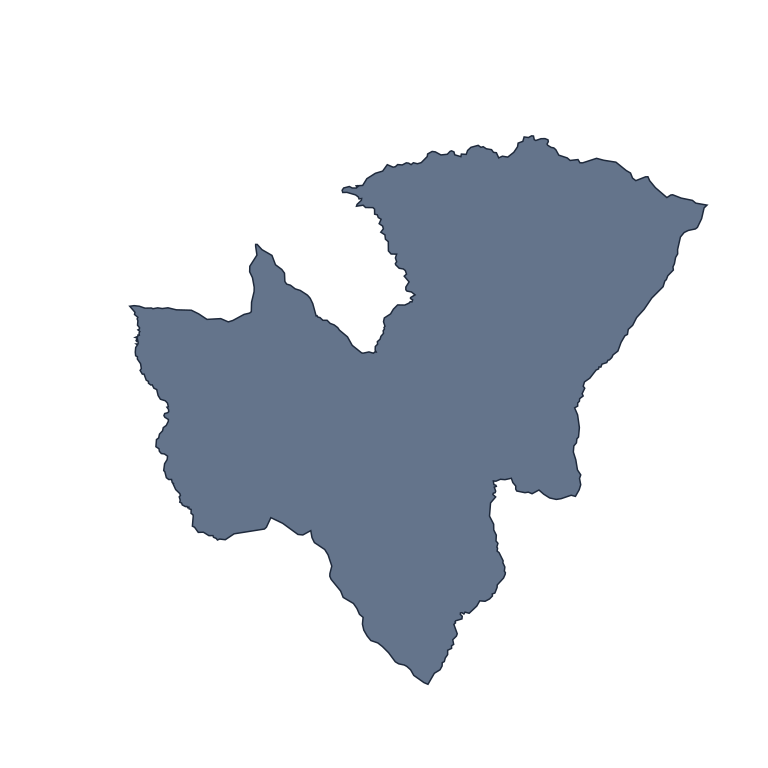 the district of Versalles, Valle del Cauca, Colombia, rotated 105°
{"feature_id": "7082276B43348198009946", "entity_name": "Versalles", "entity_type": "district", "adm_level": 2, "iso_a3": "COL", "parent_name": "Colombia", "parent_adm1": "Valle del Cauca", "projection": "albers", "projection_center": [-76.216, 4.612], "detail": "fine", "context": "isolated", "style": "filled", "palette": "slate", "viewbox_px": 768, "rotation_deg": 105, "n_neighbors": 0, "source": "geoboundaries", "source_scale": "gbopen_adm2", "svg_char_len": 6171}
<svg xmlns="http://www.w3.org/2000/svg" viewBox="0 0 768 768"><g transform="rotate(105 384 384)"><path d="M443.0,170.0L435.7,168.1L430.4,167.9L424.6,170.7L420.9,170.4L416.9,174.9L407.6,179.1L400.7,183.5L394.7,184.6L391.0,182.9L387.1,183.5L384.8,182.4L375.5,184.0L363.7,189.0L357.7,193.7L355.2,191.2L352.2,192.0L350.1,190.8L347.5,191.2L344.0,188.5L342.1,190.1L336.1,189.0L334.6,191.0L330.1,190.9L325.1,186.7L315.6,182.7L313.9,180.6L311.9,180.8L311.5,178.9L308.4,178.6L305.7,174.4L303.0,173.8L302.4,172.5L299.5,170.8L296.6,170.3L291.7,166.6L282.5,165.8L275.1,163.8L273.1,161.7L268.0,162.2L263.0,159.0L254.5,157.2L244.6,152.1L231.7,147.6L217.8,139.6L211.9,139.4L210.1,138.3L206.0,137.9L199.0,134.0L196.1,135.2L192.7,134.6L186.3,135.1L182.3,134.0L178.2,135.2L165.3,135.7L160.0,133.3L156.9,129.8L153.6,123.3L151.6,121.8L142.1,120.0L131.1,120.4L127.6,118.3L128.6,129.7L126.8,133.6L127.5,145.0L126.5,154.1L127.2,155.9L130.7,159.0L124.1,172.7L118.9,180.0L115.5,182.7L116.2,185.0L122.4,193.4L120.8,197.2L116.4,200.5L115.1,205.3L109.7,217.4L111.0,229.6L111.0,237.1L119.0,249.4L119.6,252.0L117.0,254.7L119.9,262.1L118.2,265.5L117.7,274.4L113.2,278.7L112.0,281.1L112.2,283.8L111.0,287.7L110.0,288.6L107.4,288.0L105.7,288.8L105.3,292.0L106.4,295.8L109.5,300.4L109.1,302.1L105.8,303.8L106.1,305.7L108.5,308.2L109.1,312.6L113.7,312.7L116.6,316.8L120.3,316.4L126.6,318.6L132.8,323.2L133.3,328.6L135.9,331.7L131.5,335.3L131.9,338.2L129.8,340.8L130.3,346.1L129.1,349.6L130.3,351.6L129.1,354.8L132.9,361.3L136.8,363.7L140.9,364.0L141.9,368.8L144.5,368.6L144.3,375.0L141.7,376.5L141.3,379.1L142.2,380.4L145.7,382.3L148.0,388.3L146.5,394.5L146.9,397.7L150.5,401.4L153.1,401.1L160.5,405.3L162.6,408.7L162.7,412.9L165.1,414.6L164.3,417.3L164.6,419.7L167.7,423.1L168.5,427.6L171.2,429.3L172.2,431.3L171.3,437.6L178.7,440.4L182.7,446.9L190.1,453.7L197.7,456.0L199.8,462.2L200.9,461.1L199.4,460.8L199.7,460.0L201.9,461.6L202.9,465.4L202.2,468.6L205.1,473.7L207.7,474.6L209.7,473.4L208.5,469.4L208.7,460.4L210.0,457.2L211.7,456.0L210.6,453.6L212.4,453.4L217.5,456.5L219.4,456.6L216.7,450.4L218.3,447.5L216.5,440.3L217.5,438.4L222.4,437.0L222.3,434.3L224.7,432.6L225.6,429.4L230.4,430.2L231.8,426.2L234.3,424.8L238.2,426.4L239.7,421.7L243.8,420.1L245.4,416.7L254.3,414.2L256.6,410.8L255.3,405.4L259.3,405.6L262.7,403.4L264.7,404.2L265.8,403.6L268.3,399.3L267.9,395.1L268.9,392.8L272.0,390.7L274.6,392.4L278.9,386.2L284.7,388.0L287.3,387.3L288.3,385.9L288.0,381.3L289.9,377.1L293.6,380.7L294.6,380.5L295.3,378.1L297.4,378.2L297.8,380.0L299.4,380.8L302.4,384.4L304.1,391.3L309.3,394.3L314.6,395.8L320.1,400.8L324.0,400.6L328.0,398.0L329.4,398.6L330.8,397.8L332.8,398.6L335.2,397.6L338.7,399.3L341.8,399.4L344.8,401.4L347.2,400.5L350.0,402.1L353.6,401.3L355.1,399.9L355.3,401.1L357.0,402.2L356.9,406.8L359.7,412.3L359.7,413.8L354.9,424.7L347.9,431.5L343.5,441.0L341.5,443.3L339.8,447.5L339.4,451.7L337.2,455.4L338.3,459.5L336.4,463.0L336.5,465.1L335.3,466.4L335.8,467.2L324.8,473.6L320.3,477.5L318.0,480.9L315.3,489.1L315.1,494.4L312.8,499.9L312.7,503.9L310.6,506.3L302.7,508.8L299.8,512.4L296.9,519.7L288.8,525.5L285.8,536.7L282.0,542.6L282.4,544.1L284.0,543.7L292.4,540.1L305.0,544.1L310.4,542.8L315.3,538.6L324.2,534.4L328.3,533.4L339.3,533.1L348.5,530.9L350.3,532.2L353.0,537.2L361.8,546.5L364.3,550.5L363.1,558.6L367.4,571.7L364.2,581.2L362.6,589.2L366.1,603.8L366.3,612.4L368.5,617.7L369.0,622.3L371.1,626.7L370.8,628.3L372.6,634.5L372.2,640.4L373.0,645.7L374.7,649.7L379.2,643.1L381.4,643.0L383.3,639.0L385.0,639.3L386.6,638.1L391.0,637.3L392.9,634.7L394.2,634.5L395.4,635.7L396.5,633.4L398.1,633.8L400.1,633.0L400.3,634.3L401.8,634.2L403.4,636.3L403.5,634.2L406.3,634.7L406.8,633.9L405.4,633.3L408.1,632.0L409.1,632.1L409.5,633.7L410.2,632.3L413.0,633.3L417.6,632.5L421.0,631.2L421.5,629.2L423.7,628.7L427.4,624.4L431.9,622.4L434.0,623.1L437.0,620.0L436.6,618.3L441.8,614.7L442.5,612.2L444.2,611.7L445.3,609.0L444.8,607.7L447.6,605.2L448.2,602.1L453.6,599.2L456.6,596.0L456.8,590.9L458.5,588.2L461.8,586.4L462.6,587.7L464.3,585.6L466.4,584.8L467.7,585.5L469.3,588.2L471.5,588.4L472.9,587.0L474.1,583.1L475.9,582.7L480.4,583.6L483.2,585.9L486.6,585.8L490.5,587.9L494.4,587.7L496.6,589.4L503.6,588.1L504.8,584.6L507.2,583.5L508.8,581.1L508.4,578.0L509.7,574.4L513.1,573.9L517.8,575.3L524.6,574.4L525.6,572.9L530.8,570.0L532.0,567.2L531.2,564.5L534.0,563.1L534.8,561.0L534.8,562.1L539.9,557.9L542.7,552.9L544.3,551.8L546.0,552.6L548.9,550.8L551.0,550.7L551.4,548.7L553.0,547.6L553.8,544.1L553.3,542.6L554.3,541.6L553.5,540.7L555.0,540.0L555.1,537.8L558.9,536.9L559.7,534.8L560.9,534.1L570.9,532.3L571.4,529.9L575.4,525.0L573.9,520.1L575.8,513.9L574.7,510.0L576.2,509.0L576.6,506.1L577.8,504.5L576.3,502.6L575.5,497.0L567.5,490.0L555.0,461.9L552.7,460.5L542.4,458.7L544.8,445.8L551.6,428.2L550.8,423.3L544.6,416.8L551.0,413.8L555.2,410.2L559.2,398.4L563.5,393.8L573.4,387.3L581.0,387.2L583.7,386.6L586.4,384.5L595.2,372.3L600.7,368.2L603.9,356.7L607.9,352.0L612.8,348.1L614.8,343.8L621.5,342.7L627.0,339.8L631.8,335.0L635.2,330.3L635.7,323.0L638.0,317.6L642.4,310.0L649.4,301.2L650.5,297.4L650.2,291.7L650.9,288.8L653.2,284.3L657.8,279.8L662.1,268.1L662.7,263.8L650.4,260.5L645.5,255.9L641.4,254.9L638.1,255.6L636.5,253.9L632.8,253.9L628.9,252.5L624.7,253.6L621.9,250.3L619.3,251.0L617.5,249.3L613.2,251.4L608.8,248.8L606.3,248.6L598.1,254.3L596.2,253.1L595.4,253.8L594.2,253.5L590.7,247.9L588.1,248.3L586.7,250.7L585.3,250.9L584.7,249.6L585.5,247.3L583.4,246.7L583.4,242.4L574.5,236.9L568.7,235.4L567.7,230.1L564.3,226.4L560.7,224.4L558.8,225.1L557.2,222.8L551.3,222.1L548.8,222.6L540.5,218.3L536.5,217.7L534.8,217.9L533.6,219.3L529.5,219.9L525.9,222.9L523.9,223.2L517.1,229.2L516.1,231.5L513.2,231.8L512.3,232.8L508.4,232.7L506.6,235.2L500.9,236.4L496.6,240.2L491.0,241.8L484.3,247.9L471.3,250.3L464.2,246.9L462.6,250.2L461.3,250.2L460.2,248.5L458.6,248.4L455.1,250.8L453.8,249.0L452.9,249.7L452.7,251.8L449.4,253.3L448.9,250.7L445.9,246.9L445.1,242.4L442.1,236.6L445.9,234.0L448.5,230.3L451.4,229.6L453.0,228.1L452.5,219.7L451.1,216.6L451.7,212.6L446.3,206.9L449.1,201.2L451.2,194.5L450.9,187.7L448.9,183.2L443.0,174.4L443.0,170.0Z" fill="#64748b" stroke="#1e293b" stroke-width="1.5"/></g></svg>